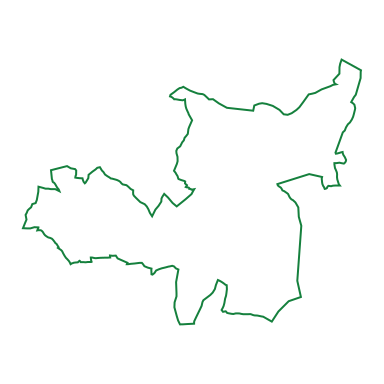 Isiala Mbano, Imo, Nigeria (Albers equal-area conic projection)
{"feature_id": "59680162B35426409409773", "entity_name": "Isiala Mbano", "entity_type": "district", "adm_level": 2, "iso_a3": "NGA", "parent_name": "Nigeria", "parent_adm1": "Imo", "projection": "albers", "projection_center": [7.166, 5.667], "detail": "fine", "context": "isolated", "style": "outline", "palette": "green", "viewbox_px": 384, "rotation_deg": 0, "n_neighbors": 0, "source": "geoboundaries", "source_scale": "gbopen_adm2", "svg_char_len": 5307}
<svg xmlns="http://www.w3.org/2000/svg" viewBox="0 0 384 384"><path d="M300.9,297.0L297.3,280.8L301.3,225.8L298.8,216.8L298.3,207.4L295.4,202.4L292.9,200.1L291.5,199.4L290.4,198.3L289.4,196.8L288.1,194.0L287.0,193.1L285.4,192.0L284.3,191.2L282.4,190.4L281.7,188.9L280.8,187.6L279.4,186.7L278.3,185.9L277.7,185.1L277.4,184.1L309.2,174.1L322.1,177.0L321.7,178.7L321.9,180.3L322.1,182.4L322.4,184.0L323.1,185.8L324.0,187.1L324.7,188.9L325.8,188.7L326.9,188.1L327.2,187.2L328.3,185.9L328.9,185.9L331.1,186.2L332.8,185.7L335.6,185.5L339.8,185.5L338.8,184.2L337.3,179.4L337.0,177.1L337.1,174.4L336.9,172.7L336.5,171.5L335.7,169.6L335.0,168.1L334.7,166.3L334.4,164.3L334.4,163.1L335.2,163.1L336.6,163.1L337.9,162.9L339.5,162.7L341.2,163.1L343.9,163.6L345.2,162.4L345.8,161.3L346.1,160.0L344.8,157.1L343.3,154.8L342.7,153.0L342.6,152.0L341.2,152.3L339.7,152.8L337.2,153.5L335.9,153.7L335.5,152.6L339.1,142.7L342.8,132.4L344.8,130.5L346.0,127.4L347.9,124.3L349.9,122.5L351.8,119.6L353.1,116.8L353.8,114.3L354.9,109.9L355.2,108.2L354.4,104.7L353.0,103.3L351.2,102.1L354.0,97.1L355.8,94.7L360.6,78.1L360.7,71.8L361.0,70.3L341.6,59.6L340.2,63.7L339.5,67.2L339.4,73.7L333.5,80.1L333.9,81.7L334.7,83.6L336.0,84.3L332.9,84.9L330.4,86.2L321.6,89.4L315.3,92.9L312.1,93.7L308.7,94.4L303.2,102.1L299.4,107.2L296.5,109.9L291.7,113.2L287.7,114.8L283.7,114.3L279.5,109.9L272.8,105.9L266.5,103.9L262.2,103.2L259.1,103.7L254.3,105.5L253.2,110.7L226.9,107.8L218.9,103.4L213.0,99.2L209.0,99.4L207.6,98.0L204.4,95.0L203.5,94.5L202.5,94.1L199.4,93.8L197.6,93.5L194.4,92.3L190.0,90.6L186.3,88.6L183.3,86.8L181.6,87.7L179.6,88.1L177.3,89.6L174.1,92.2L170.5,94.8L170.0,96.4L170.7,96.6L172.2,97.4L173.6,98.6L174.2,99.3L175.0,99.2L176.7,99.4L179.4,99.9L182.6,100.3L183.7,100.0L185.0,99.4L185.3,103.8L185.7,106.4L186.3,108.6L187.4,111.1L188.4,113.2L188.7,114.3L192.1,120.3L189.2,126.9L188.4,129.1L187.8,133.9L186.1,136.1L184.6,137.8L183.8,140.4L182.2,142.3L180.2,146.3L177.3,148.5L176.3,150.9L176.5,153.3L177.5,156.8L177.6,161.2L176.9,163.8L174.0,170.8L175.6,172.8L176.1,173.8L176.6,174.6L177.6,176.2L178.1,178.1L178.5,179.0L181.4,180.1L184.4,181.0L185.2,181.5L185.1,182.3L185.0,183.4L186.0,184.4L186.6,184.9L187.0,185.2L186.9,185.5L186.5,186.2L185.8,187.0L186.5,187.3L187.5,187.4L188.7,187.6L189.1,188.0L189.3,188.9L190.0,188.8L190.8,189.0L191.4,189.7L194.2,189.2L193.2,190.9L191.5,194.1L185.4,199.4L176.7,206.4L172.6,203.0L168.0,197.5L164.2,193.9L162.4,196.7L161.5,198.5L161.3,201.6L158.6,205.8L155.4,209.6L152.1,216.3L149.9,212.9L148.4,209.3L146.8,206.5L144.7,204.2L140.3,202.1L135.8,197.7L133.9,195.7L133.2,194.4L133.1,192.5L133.2,190.3L130.7,189.0L128.3,186.7L126.5,185.2L122.7,184.4L121.4,183.3L120.3,181.9L118.9,180.9L117.2,180.1L116.0,179.7L112.0,178.6L110.9,178.5L109.4,177.4L107.4,176.2L105.0,174.5L103.5,172.1L101.9,170.5L99.9,167.2L97.3,167.8L95.6,169.4L92.5,171.6L88.6,174.8L88.3,178.2L87.2,180.0L85.6,182.6L84.8,183.3L83.6,181.8L82.9,180.0L82.5,178.3L79.8,178.2L77.0,177.9L75.3,177.6L75.5,176.2L76.1,174.7L76.2,170.5L75.1,169.1L70.8,168.3L67.0,166.1L51.0,170.2L51.9,179.0L52.5,180.6L52.6,181.6L53.2,182.3L54.1,182.7L55.3,184.3L56.4,186.3L57.4,187.9L58.7,189.4L59.4,191.2L56.4,189.7L55.1,189.1L53.0,189.1L50.7,189.1L48.5,188.7L45.6,188.7L43.0,187.9L38.5,186.7L38.3,191.8L36.8,200.0L35.6,203.1L32.3,204.1L31.1,207.3L29.2,208.9L27.7,210.4L26.8,212.7L25.6,214.9L26.5,219.6L25.1,222.9L23.0,228.2L27.2,228.4L30.3,228.4L34.4,227.2L38.4,227.4L38.4,227.9L37.4,230.1L37.3,230.4L38.3,230.2L40.3,230.2L41.1,230.4L41.8,230.9L42.7,231.8L43.5,233.1L44.1,234.1L45.1,235.3L46.3,236.2L47.8,237.2L48.5,237.5L50.1,237.9L51.9,238.7L53.0,239.8L54.7,242.0L55.3,243.0L56.5,243.9L57.4,245.3L58.0,246.3L58.6,247.2L57.9,247.9L59.4,248.9L61.0,250.0L61.7,250.7L62.2,251.3L63.2,253.4L64.5,255.7L65.9,257.8L67.3,259.2L68.9,261.0L69.8,262.4L70.6,264.2L71.1,263.9L71.7,263.4L72.6,263.2L73.9,262.7L75.6,262.5L77.0,262.4L77.9,262.3L79.1,261.1L79.6,260.8L80.3,261.5L80.7,262.1L83.2,262.1L85.6,262.3L87.8,262.0L89.9,262.0L91.2,262.0L91.6,261.8L91.1,260.3L90.9,258.7L90.8,257.5L91.9,257.5L94.7,258.1L95.8,258.2L97.9,258.0L100.5,257.8L104.1,257.7L106.9,257.7L110.2,257.5L110.0,255.5L112.7,255.8L115.8,255.6L117.6,258.4L119.8,259.4L127.5,262.8L126.9,264.2L128.0,264.2L131.1,263.8L134.6,263.5L139.4,262.9L141.9,262.9L143.1,264.3L144.4,266.2L147.7,267.6L151.5,268.6L151.3,270.3L151.4,271.4L151.5,274.3L152.5,274.6L154.4,273.1L155.2,271.9L156.1,270.5L159.1,269.2L161.8,268.3L165.6,267.4L168.5,266.6L169.8,266.4L172.2,265.8L174.0,266.4L175.9,268.4L178.4,269.5L176.1,282.1L176.5,293.2L176.5,296.4L174.6,302.3L174.4,307.3L176.8,316.2L178.1,320.5L180.0,324.4L183.3,324.3L188.0,324.0L192.0,323.8L194.1,323.7L194.1,322.2L194.3,321.1L196.3,316.9L200.0,309.3L201.6,305.9L202.5,302.0L203.4,300.2L205.8,298.4L210.3,295.0L212.7,292.6L214.9,289.0L215.9,285.1L217.9,280.0L220.4,281.2L222.5,282.5L224.3,283.8L225.5,284.8L226.7,285.2L226.9,289.2L226.4,293.4L226.0,295.9L225.1,298.7L224.4,303.0L223.6,306.0L222.7,308.0L221.6,310.0L223.0,311.8L225.7,311.3L226.2,311.8L227.1,312.9L228.2,313.2L231.4,313.8L233.3,314.0L235.8,313.4L238.1,313.4L239.8,313.5L240.8,313.8L243.2,314.2L247.8,314.2L250.4,314.1L251.4,314.4L252.9,315.0L254.4,315.4L256.6,315.5L257.7,315.6L261.4,316.4L263.2,316.7L271.8,321.6L278.4,311.5L288.7,301.2L300.9,297.0Z" fill="none" stroke="#15803d" stroke-width="2"/></svg>